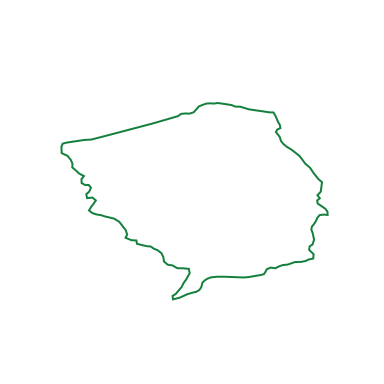 outline of Sales, São Paulo, Brazil, rotated 294°
{"feature_id": "56859067B21850639491006", "entity_name": "Sales", "entity_type": "district", "adm_level": 2, "iso_a3": "BRA", "parent_name": "Brazil", "parent_adm1": "São Paulo", "projection": "equal_earth", "projection_center": [-49.515, -21.337], "detail": "fine", "context": "isolated", "style": "outline", "palette": "green", "viewbox_px": 384, "rotation_deg": 294, "n_neighbors": 0, "source": "geoboundaries", "source_scale": "gbopen_adm2", "svg_char_len": 2079}
<svg xmlns="http://www.w3.org/2000/svg" viewBox="0 0 384 384"><g transform="rotate(294 192 192)"><path d="M86.2,218.3L90.5,223.8L96.7,229.3L100.4,233.6L102.4,236.4L105.5,238.6L108.8,239.2L113.6,238.4L116.8,239.8L119.3,241.5L121.9,244.3L124.9,249.6L127.7,255.9L130.6,263.1L132.1,266.9L134.9,273.9L137.3,278.3L141.1,284.0L144.1,288.5L146.2,291.1L149.0,291.6L152.0,291.8L155.0,294.8L156.2,299.1L159.6,301.9L162.3,304.8L164.5,308.8L167.2,311.7L170.0,314.7L172.4,319.9L175.2,323.9L177.6,325.8L180.5,329.8L184.6,328.4L186.8,322.5L190.3,321.6L193.1,323.5L198.1,322.9L203.5,319.0L206.2,316.3L209.0,315.6L212.0,316.4L215.6,317.0L219.6,317.0L222.8,318.0L224.8,321.2L226.2,325.2L229.1,323.8L230.9,320.7L231.8,315.8L232.6,311.5L235.2,309.8L238.2,311.3L240.1,307.9L244.6,309.5L253.8,306.8L255.2,302.3L257.1,298.5L259.0,295.0L262.1,290.1L264.0,283.8L266.4,279.7L268.7,275.4L270.0,270.4L271.1,265.9L271.9,260.0L273.1,255.7L274.7,252.7L278.1,249.6L280.9,244.3L283.6,244.4L286.3,246.8L289.1,244.9L291.0,242.1L295.1,237.8L297.8,234.1L296.1,229.9L294.7,224.6L292.6,217.3L290.7,210.5L290.0,205.1L289.6,201.5L287.6,196.7L287.5,192.8L285.7,186.1L283.8,179.4L281.8,176.2L280.2,172.1L278.5,169.0L275.8,166.2L273.0,163.5L265.5,161.1L262.6,157.9L260.8,153.5L258.9,150.3L255.6,148.3L238.5,128.1L231.2,119.0L212.4,95.6L199.1,78.9L197.5,75.9L196.0,72.8L194.1,69.9L190.3,63.9L186.2,57.5L183.6,54.2L180.1,54.3L174.5,57.2L174.4,63.5L172.0,68.3L169.1,71.4L165.8,72.6L164.4,77.3L163.0,81.2L162.6,86.8L158.8,85.8L155.3,87.5L154.9,91.3L156.4,94.8L154.7,98.0L150.3,97.9L147.1,96.3L143.7,98.6L146.4,103.3L145.2,107.6L140.6,106.7L137.2,105.9L133.3,105.4L132.2,109.4L132.6,113.6L133.9,118.6L134.3,122.9L135.1,126.7L136.0,131.7L135.2,137.7L132.6,142.5L130.1,147.1L126.7,150.1L123.2,149.9L123.3,156.2L125.1,160.9L122.3,162.8L123.1,167.6L124.1,172.7L125.4,176.4L124.7,180.2L124.8,184.4L123.7,188.9L121.0,192.2L117.2,194.6L115.7,199.2L117.0,204.2L116.4,209.6L118.7,214.9L120.5,220.4L116.9,222.9L110.0,222.3L105.5,221.4L100.7,221.1L92.0,218.5L89.2,216.5L86.2,218.3Z" fill="none" stroke="#15803d" stroke-width="2"/></g></svg>